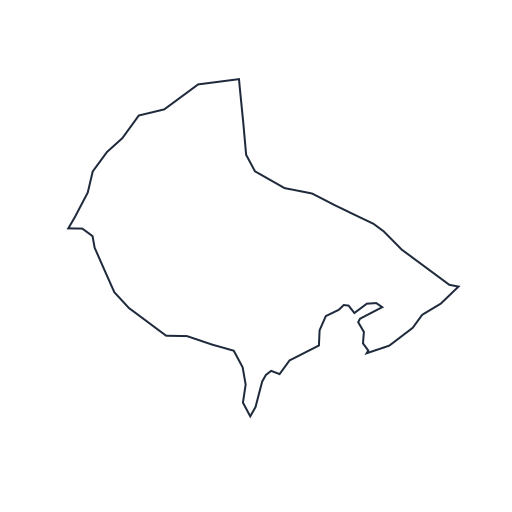 the district of Thaethan, Hwanghae-namdo, North Korea, rotated 306°
{"feature_id": "82179303B3017694876336", "entity_name": "Thaethan", "entity_type": "district", "adm_level": 2, "iso_a3": "PRK", "parent_name": "North Korea", "parent_adm1": "Hwanghae-namdo", "projection": "orthographic", "projection_center": [125.244, 38.144], "detail": "fine", "context": "isolated", "style": "outline", "palette": "slate", "viewbox_px": 512, "rotation_deg": 306, "n_neighbors": 0, "source": "geoboundaries", "source_scale": "gbopen_adm2", "svg_char_len": 985}
<svg xmlns="http://www.w3.org/2000/svg" viewBox="0 0 512 512"><g transform="rotate(306 256 256)"><path d="M138.8,219.1L138.7,230.2L150.6,247.2L158.5,272.5L166.3,293.7L158.1,310.6L145.9,323.2L129.7,331.6L122.9,345.6L133.5,344.4L158.0,334.8L165.6,333.9L172.0,335.8L174.3,344.5L191.2,344.5L220.6,359.5L233.3,351.1L248.4,347.8L261.1,354.6L267.9,355.8L270.3,360.1L267.7,369.1L282.6,373.7L288.6,381.0L288.8,388.2L266.4,377.0L262.5,377.6L258.0,387.9L248.2,393.9L245.5,402.4L242.4,402.7L261.8,416.5L290.0,425.0L306.1,425.0L326.1,433.5L350.3,437.8L346.3,429.3L346.5,408.2L346.6,395.5L346.8,370.2L351.0,344.8L351.1,332.2L347.2,311.1L343.4,289.9L339.5,264.6L327.7,239.2L323.9,205.4L332.1,188.5L356.3,167.4L384.7,142.1L389.1,138.3L368.8,116.8L360.8,108.3L320.7,95.6L300.8,78.6L272.7,78.6L252.6,74.3L228.5,74.2L208.4,82.6L180.2,86.7L168.0,87.9L176.1,99.4L176.0,112.1L167.9,120.5L155.6,141.6L143.4,162.7L139.2,183.8L139.1,196.4L138.8,219.1Z" fill="none" stroke="#1e293b" stroke-width="2"/></g></svg>